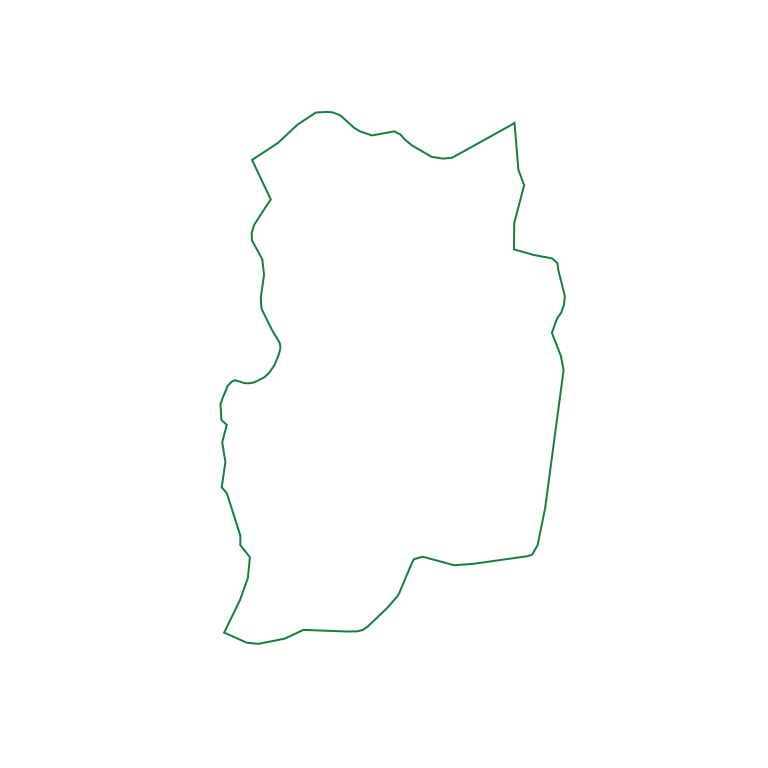 Totonicapán, Equal Earth projection, rotated 199°
{"feature_id": "GTM-1955", "entity_name": "Totonicapán", "entity_type": "Department", "adm_level": 1, "iso_a3": "GTM", "parent_name": "Guatemala", "parent_adm1": "", "projection": "equal_earth", "projection_center": [-91.362, 15.041], "detail": "fine", "context": "isolated", "style": "outline", "palette": "green", "viewbox_px": 768, "rotation_deg": 199, "n_neighbors": 0, "source": "natural_earth", "source_scale": "10m", "svg_char_len": 1351}
<svg xmlns="http://www.w3.org/2000/svg" viewBox="0 0 768 768"><g transform="rotate(199 384 384)"><path d="M265.9,557.5L259.4,554.7L258.0,552.0L256.8,549.3L241.5,525.8L239.6,517.1L239.7,509.1L241.7,502.1L241.9,487.0L225.9,468.1L218.7,455.6L214.9,436.6L191.2,319.0L186.3,281.7L188.3,271.1L190.4,269.3L192.5,267.8L241.7,242.7L258.6,235.5L290.9,233.3L294.5,231.1L298.7,228.0L299.3,224.1L301.5,191.5L302.1,188.1L307.9,173.6L320.5,149.3L324.0,144.5L328.8,141.4L338.4,137.9L380.1,125.3L395.0,110.9L418.2,97.4L429.5,94.7L454.2,96.9L449.8,133.1L449.6,156.5L454.4,176.5L467.4,184.9L470.4,193.8L497.2,229.7L503.8,233.5L508.6,258.7L518.0,276.2L519.3,294.1L526.0,297.0L532.0,311.6L532.0,318.2L531.2,331.3L528.9,336.4L526.1,339.1L516.0,339.4L511.9,340.7L507.1,343.4L499.3,351.4L496.1,357.5L493.8,366.0L493.1,376.0L493.2,380.0L493.6,383.9L494.8,387.0L496.5,389.4L506.8,398.0L523.9,414.8L525.8,418.6L528.5,425.2L533.0,448.3L539.7,462.3L555.5,476.7L558.3,483.9L558.6,492.0L553.3,513.5L551.1,521.6L581.7,552.9L562.8,577.4L550.0,601.4L536.8,618.5L526.2,622.8L520.9,624.1L514.6,623.9L511.7,623.4L496.3,616.7L489.6,615.1L476.3,615.1L456.5,626.2L449.6,625.2L444.1,622.0L435.3,618.7L413.1,614.3L401.7,616.3L393.3,620.1L349.3,668.9L345.6,673.3L326.6,630.2L316.2,617.6L313.3,578.8L305.0,553.6L284.6,554.7L265.9,557.5Z" fill="none" stroke="#15803d" stroke-width="2"/></g></svg>